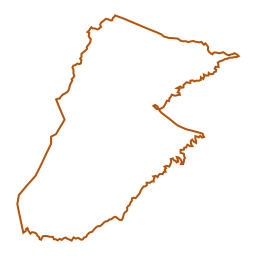 Luiziana, Paraná, Brazil (Robinson projection)
{"feature_id": "56859067B36916274866347", "entity_name": "Luiziana", "entity_type": "district", "adm_level": 2, "iso_a3": "BRA", "parent_name": "Brazil", "parent_adm1": "Paraná", "projection": "robinson", "projection_center": [-52.28, -24.346], "detail": "fine", "context": "isolated", "style": "outline", "palette": "amber", "viewbox_px": 256, "rotation_deg": 0, "n_neighbors": 0, "source": "geoboundaries", "source_scale": "gbopen_adm2", "svg_char_len": 3876}
<svg xmlns="http://www.w3.org/2000/svg" viewBox="0 0 256 256"><path d="M168.8,37.9L165.2,36.9L163.6,36.4L161.7,34.5L156.4,32.2L147.9,28.8L123.5,18.5L115.1,15.4L114.2,16.8L112.9,18.0L112.0,20.4L110.4,20.4L108.3,19.3L105.9,18.8L104.6,19.8L103.6,20.9L102.2,21.7L100.8,23.0L100.2,25.1L101.1,27.0L99.6,27.9L98.5,29.2L97.0,29.4L95.4,28.6L92.5,28.3L91.4,27.2L89.9,29.1L89.1,30.6L87.5,32.0L89.3,32.9L88.7,36.5L90.8,39.2L90.3,41.9L89.5,43.6L87.9,45.4L86.7,47.2L87.0,48.9L85.9,50.1L82.8,52.7L81.5,53.7L81.5,56.9L80.1,58.7L81.4,59.9L80.8,63.5L79.3,64.1L77.3,63.6L75.5,65.0L73.4,65.6L72.4,67.4L73.4,69.5L73.5,73.5L74.3,76.1L73.1,77.8L71.7,79.1L72.3,80.6L71.2,82.5L70.1,84.8L69.3,87.7L68.6,90.2L67.4,91.9L65.1,93.4L62.9,94.5L60.8,96.7L59.4,98.7L57.7,98.7L56.1,99.4L59.1,106.9L64.6,119.7L55.9,134.2L51.1,136.6L51.1,143.7L45.3,155.7L42.7,161.4L39.5,168.0L35.5,175.8L31.9,179.9L30.1,181.9L26.8,185.6L18.8,195.2L17.3,204.1L18.3,209.2L23.3,232.7L25.7,231.0L26.1,229.0L27.4,228.1L28.2,230.4L29.3,232.1L30.5,233.7L31.7,232.3L33.4,232.3L35.2,232.9L36.6,233.9L37.3,235.5L39.1,237.1L39.6,239.2L41.2,239.7L41.8,238.0L42.9,236.2L44.5,236.1L46.2,235.9L50.4,236.9L52.9,236.9L53.8,239.2L55.8,239.3L57.6,240.3L59.8,238.8L61.6,239.9L63.8,238.2L65.7,237.5L67.0,238.6L68.8,239.3L71.6,240.6L72.6,239.0L73.6,237.4L75.8,238.6L78.2,237.9L79.8,238.9L81.3,239.7L82.9,239.3L84.0,237.6L86.1,236.9L87.4,234.6L89.4,232.6L92.2,231.7L93.6,229.9L96.0,227.4L97.8,226.2L99.9,226.2L102.0,224.6L103.5,222.9L105.1,221.6L106.5,221.3L108.0,220.9L109.1,219.6L111.3,219.2L113.3,217.6L114.6,216.8L116.1,217.1L119.5,219.8L121.6,220.1L122.9,218.0L123.6,214.8L124.5,212.8L126.6,211.1L127.4,209.3L127.0,207.6L128.3,205.9L129.6,205.1L130.5,202.4L131.8,200.8L131.9,198.4L133.6,197.7L135.6,198.1L137.9,195.5L139.7,193.2L140.9,190.2L142.4,188.1L143.4,186.5L145.4,186.3L146.9,185.0L146.6,182.7L149.8,182.8L151.8,181.4L153.7,181.5L153.6,179.6L154.5,177.8L153.3,176.4L155.9,175.9L157.6,177.1L158.5,175.2L159.9,173.9L162.6,174.2L163.7,171.9L165.6,171.7L164.7,169.5L166.0,168.3L164.6,166.6L166.8,165.8L169.3,166.6L170.4,164.2L171.3,161.9L170.7,159.1L172.8,158.4L173.8,160.3L175.6,160.8L176.6,162.4L178.2,161.7L177.7,159.4L176.8,157.1L178.7,157.5L180.3,158.9L181.9,161.8L181.0,164.0L183.1,164.0L183.7,162.3L184.1,159.3L185.1,158.0L184.2,156.7L183.9,153.9L182.1,153.2L180.6,152.9L180.6,149.9L182.2,149.8L183.8,149.7L184.3,147.6L186.2,147.4L187.4,144.7L190.1,146.1L192.3,146.1L191.1,144.0L190.7,141.2L192.2,139.6L193.8,141.6L196.1,142.9L196.1,141.2L195.3,138.6L195.4,136.2L196.9,136.5L198.8,137.4L200.2,135.8L202.1,137.6L204.0,137.0L203.1,135.5L202.7,133.8L201.0,133.1L186.1,129.2L180.3,126.7L176.9,125.0L168.6,118.2L166.1,116.4L163.4,114.2L161.7,113.0L160.3,111.6L158.4,108.8L160.2,108.9L162.0,107.9L163.4,107.2L164.3,105.7L165.2,104.2L166.0,102.7L166.9,100.7L169.1,100.9L169.5,98.1L170.8,96.8L171.8,94.6L173.8,95.4L175.5,95.7L178.1,94.9L179.9,94.8L179.3,92.9L177.7,92.4L178.8,90.5L179.6,89.0L176.9,88.2L180.4,86.5L181.6,87.7L183.5,87.4L183.5,85.0L186.7,82.2L188.9,82.9L190.3,82.9L190.4,80.7L192.8,80.4L194.5,81.4L196.5,80.6L198.7,80.8L200.8,79.9L200.9,77.2L203.3,79.0L204.2,76.3L203.9,74.5L206.5,75.7L208.4,75.5L208.7,72.9L210.4,74.2L212.9,74.0L214.2,72.0L215.9,71.6L216.2,69.6L214.7,68.7L215.6,66.7L218.6,67.0L218.3,64.6L217.8,62.5L220.3,61.1L221.9,60.7L223.6,59.9L225.3,58.9L227.1,58.9L229.1,57.7L232.1,57.6L234.7,57.1L236.4,57.1L238.7,56.1L236.9,54.4L234.5,53.2L232.9,54.0L231.2,54.3L229.8,55.0L227.8,55.1L226.0,54.1L223.4,52.2L221.5,52.7L219.5,53.3L217.0,52.7L215.0,52.4L213.3,52.9L212.5,54.3L210.9,53.5L209.1,51.9L207.9,50.0L208.1,46.8L205.4,43.4L203.9,44.7L201.4,41.9L199.1,42.4L197.0,41.9L195.2,41.7L193.5,41.0L190.2,41.5L188.5,42.1L186.7,41.5L185.1,41.2L182.8,41.3L180.3,40.5L178.0,38.7L176.0,38.4L168.8,37.9ZM158.4,108.8L156.7,109.0L153.4,105.9L155.1,104.9L157.6,106.6L158.4,108.8Z" fill="none" stroke="#b45309" stroke-width="2"/></svg>